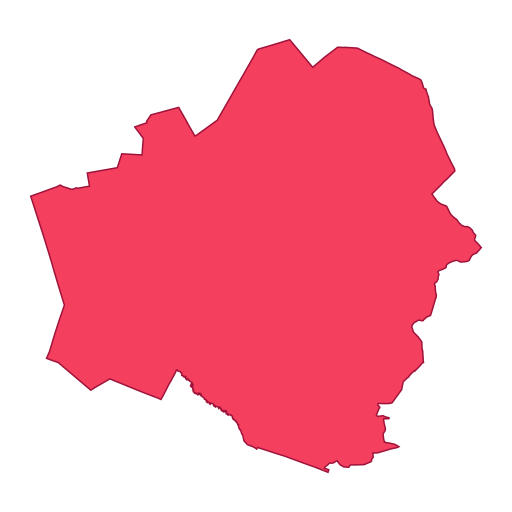 the district of Jamu Mare, Timis, Romania
{"feature_id": "2599482B47669002074547", "entity_name": "Jamu Mare", "entity_type": "district", "adm_level": 2, "iso_a3": "ROU", "parent_name": "Romania", "parent_adm1": "Timis", "projection": "mercator", "projection_center": [21.475, 45.269], "detail": "fine", "context": "isolated", "style": "filled", "palette": "rose", "viewbox_px": 512, "rotation_deg": 0, "n_neighbors": 0, "source": "geoboundaries", "source_scale": "gbopen_adm2", "svg_char_len": 6048}
<svg xmlns="http://www.w3.org/2000/svg" viewBox="0 0 512 512"><path d="M49.6,351.2L46.5,358.4L58.3,362.6L90.8,390.2L95.2,387.4L109.9,378.9L142.0,392.0L157.4,397.9L161.0,399.5L164.0,394.0L168.6,384.9L170.8,381.1L175.6,372.2L176.4,370.0L176.8,369.8L177.2,369.9L177.5,370.3L177.7,370.9L180.1,371.6L180.6,372.0L180.7,372.6L181.1,372.5L181.9,373.2L181.7,375.4L182.3,375.8L183.0,375.7L183.4,375.9L183.7,376.8L184.1,377.1L185.3,376.3L185.8,376.5L185.8,377.0L185.4,377.8L185.7,378.7L186.3,379.2L186.5,379.6L186.9,379.9L187.4,379.5L187.7,378.9L188.1,379.5L188.6,379.3L188.9,379.8L188.7,380.3L189.4,380.7L190.0,381.4L192.0,382.4L191.5,383.4L191.8,383.7L192.4,383.8L192.8,384.2L192.9,385.2L191.9,385.3L191.0,384.8L191.0,385.5L190.5,386.0L191.1,386.5L192.4,386.0L191.7,387.1L192.4,387.4L192.5,387.1L193.3,388.6L192.8,388.9L193.0,389.5L192.8,389.8L193.3,390.8L193.8,391.1L193.3,391.7L194.5,392.9L194.6,393.2L195.3,393.5L195.2,393.1L195.8,393.0L196.4,393.4L196.4,393.8L196.8,393.9L196.9,393.6L197.7,393.4L198.0,394.1L197.9,394.7L199.1,394.5L199.1,394.0L198.6,394.0L199.0,393.2L199.5,393.7L199.9,393.4L200.4,393.5L200.4,394.2L200.9,394.1L200.9,394.8L200.7,395.6L201.6,395.6L201.9,396.1L202.1,396.6L203.0,397.2L203.7,397.4L204.2,397.9L204.1,398.7L204.6,399.3L205.5,399.5L205.6,399.9L206.2,399.9L206.4,401.2L206.7,400.9L206.9,401.2L206.8,401.9L207.1,402.3L207.5,401.5L208.6,403.0L208.5,402.6L209.6,402.5L209.7,403.2L209.5,403.8L210.1,404.3L210.7,403.2L212.2,403.7L212.9,403.5L213.4,404.1L213.6,405.4L213.8,405.8L214.3,405.5L214.8,406.5L215.3,406.9L215.6,405.9L216.4,406.6L217.7,406.7L218.3,407.5L218.8,408.5L219.3,407.9L219.1,407.4L219.3,407.0L220.3,407.7L220.1,408.1L220.5,408.5L220.9,408.5L220.9,409.4L221.4,409.2L221.7,410.0L221.4,410.2L221.8,410.7L221.9,410.3L222.5,411.0L223.0,411.4L223.7,410.5L224.8,410.6L224.4,410.8L224.3,411.6L224.6,411.4L225.1,411.8L226.2,411.4L226.5,411.7L226.1,411.8L226.0,412.9L226.6,413.0L226.4,413.9L226.8,414.0L227.0,413.7L227.8,413.8L227.5,414.4L227.7,414.9L228.1,415.1L228.6,414.6L228.9,414.6L230.1,414.9L230.3,415.1L231.1,415.1L231.2,415.5L231.5,415.5L232.3,416.3L232.6,417.1L232.4,417.5L232.8,417.9L232.8,418.2L233.2,418.1L233.5,418.7L233.2,419.1L234.3,420.1L234.9,420.1L235.2,420.4L235.2,420.8L235.6,420.9L235.7,421.2L236.1,421.3L236.2,421.5L236.5,421.5L236.5,421.8L236.2,421.8L236.3,422.2L236.9,422.3L237.0,423.0L237.4,423.3L237.6,424.0L237.9,424.0L238.1,424.4L238.0,424.7L238.3,425.0L238.6,425.0L238.5,425.3L238.2,425.5L238.4,425.9L238.9,428.1L239.6,428.8L239.5,429.2L239.7,429.6L240.1,429.7L240.6,430.2L241.9,434.2L242.8,435.1L243.3,438.1L244.0,440.9L246.5,443.6L247.5,444.7L252.4,446.5L255.5,448.1L256.6,449.1L257.6,447.5L275.9,453.4L285.4,456.4L302.2,462.6L314.8,467.1L328.0,472.3L328.8,469.8L324.5,468.2L324.9,467.0L326.3,465.9L327.7,464.9L329.3,463.3L330.0,463.0L332.0,463.2L334.0,462.6L336.9,460.7L340.2,464.8L343.7,466.9L348.7,467.3L350.4,464.9L356.9,464.9L364.2,464.6L370.8,461.8L371.6,460.9L371.6,459.2L373.2,457.3L372.9,453.0L377.5,452.9L390.6,449.0L397.4,447.5L398.9,446.7L395.9,444.9L394.4,444.2L389.1,443.0L387.1,442.8L385.5,442.5L385.2,442.1L384.5,442.2L384.4,441.3L384.0,440.9L383.0,434.1L385.2,430.5L385.4,428.7L384.0,422.7L383.5,418.8L388.7,418.7L389.2,418.2L388.6,417.6L386.5,417.2L384.5,416.5L383.3,415.7L377.5,416.4L376.4,415.0L378.8,409.1L379.8,407.7L379.5,406.6L377.9,405.4L378.0,403.5L386.4,403.6L390.0,403.4L392.1,402.8L401.6,389.7L403.2,381.8L407.1,378.1L409.0,376.7L409.0,376.1L411.8,373.1L413.6,371.4L414.5,370.6L414.8,371.1L417.8,368.1L421.0,364.7L422.7,362.4L422.8,362.7L423.5,362.6L423.3,360.9L422.7,351.1L422.0,348.1L421.8,341.9L418.1,336.8L413.5,332.2L412.0,327.6L411.9,325.6L414.1,322.7L416.3,321.5L418.0,320.3L419.1,320.2L422.7,320.8L423.3,320.4L423.5,319.9L427.0,316.9L430.5,315.5L431.9,311.1L435.6,298.5L436.2,297.3L436.1,296.0L436.4,294.8L435.7,292.6L435.5,291.3L435.2,285.9L434.5,284.4L434.4,283.9L434.7,283.4L436.9,281.5L437.3,280.4L437.8,279.7L438.1,279.0L438.2,278.3L438.0,277.2L438.9,274.8L438.8,274.0L437.9,272.1L437.9,271.7L438.2,271.4L439.5,270.4L442.2,269.5L445.6,267.9L446.1,267.3L446.3,266.6L446.3,265.6L446.7,264.7L447.1,264.3L450.0,262.4L453.7,261.0L456.1,260.4L457.1,260.4L460.5,262.0L461.5,262.1L463.0,261.8L465.6,261.7L467.8,261.1L468.6,260.8L469.4,260.2L470.2,258.1L470.6,257.6L471.4,256.2L472.2,255.2L473.8,254.1L476.5,253.1L481.3,247.6L477.7,243.4L474.9,240.6L474.7,240.2L474.6,239.6L474.6,239.1L475.5,236.6L475.6,235.2L475.3,234.7L474.4,233.9L473.4,232.6L473.0,232.0L472.6,230.7L472.1,230.0L469.9,227.9L468.4,227.0L467.0,226.5L465.6,226.7L464.7,226.6L461.6,225.3L460.1,223.7L458.8,222.7L457.4,220.4L457.0,219.8L453.3,216.9L450.9,214.5L450.0,213.1L447.0,206.9L446.3,206.0L441.3,204.2L437.9,201.9L437.0,201.0L431.9,194.0L441.2,184.8L444.4,181.2L444.6,181.2L447.7,178.3L454.8,171.1L454.8,170.4L454.5,168.9L452.3,164.6L451.5,163.2L450.1,160.2L447.2,154.5L445.5,150.1L444.2,147.1L437.3,132.6L434.0,124.6L433.0,116.9L433.0,115.7L432.5,110.6L432.2,109.0L431.5,107.4L431.0,106.6L430.2,105.7L430.1,105.0L429.5,103.7L429.4,103.0L429.3,101.4L428.6,98.4L428.6,97.4L426.9,92.8L426.2,90.5L425.9,89.0L425.4,89.0L424.8,88.9L424.1,88.4L423.5,87.6L422.1,82.7L421.0,80.1L419.1,78.9L416.1,77.5L415.4,77.1L414.5,76.9L413.4,76.2L412.6,76.1L410.2,74.5L401.2,69.7L399.6,68.6L393.4,65.6L381.3,59.5L374.4,56.4L368.6,53.5L368.3,53.5L366.6,52.7L357.4,48.1L344.6,47.3L344.6,47.5L337.7,47.2L324.8,57.0L312.7,67.3L289.7,39.7L261.8,48.1L258.4,49.1L257.5,49.6L256.9,50.5L252.5,58.6L246.8,68.5L243.4,74.6L239.6,81.1L217.3,120.1L217.1,120.3L196.7,135.1L194.9,136.0L188.3,124.6L187.5,123.3L187.6,123.2L187.3,122.6L178.7,107.4L151.0,114.8L146.6,121.3L146.8,122.8L134.8,126.9L134.9,127.2L140.6,134.7L140.9,135.3L143.3,138.3L142.0,154.9L121.8,153.8L117.3,167.7L87.3,173.0L89.5,186.3L88.0,186.4L77.7,188.3L76.5,187.8L72.5,189.3L71.8,189.3L69.4,188.7L68.3,188.2L63.9,186.9L62.4,186.3L60.6,185.2L60.3,185.1L59.6,185.3L57.0,186.7L30.7,196.2L37.0,215.8L40.5,226.6L44.8,240.1L51.8,263.1L54.1,271.2L58.9,287.3L64.4,305.1L59.7,318.8L55.1,332.9L49.6,351.2Z" fill="#f43f5e" stroke="#9f1239" stroke-width="1.5"/></svg>